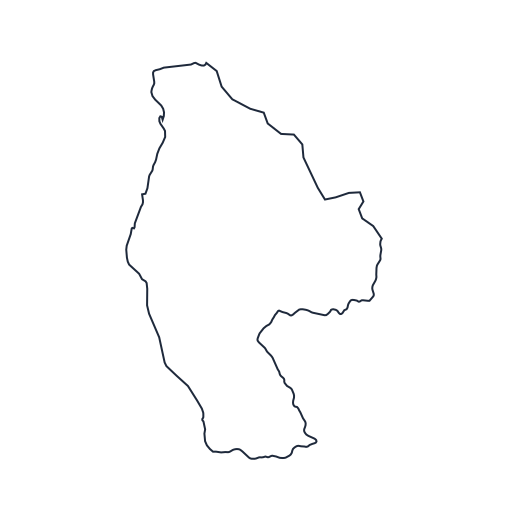 map outline of Melaky (orthographic projection), rotated 348°
{"feature_id": "MDG-5876", "entity_name": "Melaky", "entity_type": "Autonomous Province", "adm_level": 1, "iso_a3": "MDG", "parent_name": "Madagascar", "parent_adm1": "", "projection": "orthographic", "projection_center": [44.925, -17.742], "detail": "fine", "context": "isolated", "style": "outline", "palette": "slate", "viewbox_px": 512, "rotation_deg": 348, "n_neighbors": 0, "source": "natural_earth", "source_scale": "10m", "svg_char_len": 4048}
<svg xmlns="http://www.w3.org/2000/svg" viewBox="0 0 512 512"><g transform="rotate(348 256 256)"><path d="M173.2,438.4L170.8,435.2L168.6,431.0L167.7,426.6L168.6,419.0L170.2,415.0L170.2,407.0L170.1,406.7L169.5,405.7L169.4,405.2L169.6,404.3L170.6,403.3L171.0,402.6L171.7,399.3L171.8,398.1L171.3,394.0L168.3,385.0L162.4,369.0L153.5,356.7L145.5,345.1L144.5,341.2L144.4,315.4L139.4,290.2L139.2,281.6L142.8,265.5L143.4,259.7L142.7,257.8L139.7,255.0L138.0,249.1L130.1,238.0L129.4,234.9L129.4,230.8L130.4,222.8L131.7,219.0L138.0,208.6L140.2,203.2L140.9,202.8L142.4,203.6L143.2,202.6L144.3,198.8L153.7,184.0L155.7,181.9L156.6,180.0L157.0,178.1L157.4,172.0L160.8,172.1L163.9,167.1L168.0,155.9L168.9,154.5L172.3,151.0L172.9,149.9L173.9,147.0L174.8,145.6L176.8,143.3L178.3,140.9L180.7,135.5L183.9,130.6L188.3,125.8L191.9,120.7L193.0,114.8L192.3,112.3L190.0,106.8L189.5,104.1L190.1,101.0L191.5,99.5L192.8,100.2L193.0,103.3L194.9,100.0L195.9,96.4L195.8,92.7L194.6,89.1L189.9,82.1L188.0,78.1L187.7,73.9L188.3,72.3L189.2,70.4L190.4,68.7L191.6,67.3L192.4,65.9L192.7,64.2L193.1,56.9L193.5,55.1L194.5,53.9L196.5,53.4L200.7,53.3L205.0,52.6L232.2,55.2L235.6,54.4L237.1,54.5L240.1,57.0L242.3,58.3L244.6,58.9L246.3,58.3L247.5,56.8L256.0,66.9L257.6,83.2L265.4,97.8L281.0,110.8L293.4,117.4L295.0,128.8L305.9,141.8L318.3,145.1L324.5,156.5L322.9,169.5L330.6,202.1L335.2,215.1L346.1,215.2L360.0,213.6L370.9,215.3L372.4,225.0L366.2,231.5L367.7,241.3L376.9,251.1L382.6,265.2L381.6,266.4L380.8,267.6L380.3,269.1L379.9,270.4L379.8,271.6L380.0,274.0L380.0,275.2L379.7,276.4L377.8,281.1L377.5,282.3L377.2,284.8L376.6,285.9L373.1,289.5L372.3,290.5L371.4,292.7L369.8,299.1L369.4,301.7L368.9,302.9L368.3,304.1L367.4,305.3L364.2,308.9L363.5,310.2L363.0,311.8L362.9,313.2L363.3,317.4L363.1,318.7L362.4,319.8L357.7,323.4L356.5,323.2L351.7,321.6L350.1,321.3L349.0,321.7L348.0,322.1L347.1,322.1L346.3,321.5L345.4,320.6L344.1,320.0L342.7,319.4L340.9,318.9L339.6,319.1L338.6,319.8L336.8,321.6L336.1,322.6L335.5,323.8L335.1,324.8L334.7,325.6L333.5,326.9L331.1,327.4L330.4,328.1L329.7,328.8L328.6,329.9L327.4,330.4L326.3,330.3L325.5,329.4L324.9,328.3L324.5,327.1L323.8,326.1L322.8,325.2L320.4,324.1L319.1,324.1L318.2,324.3L317.5,325.2L316.7,326.0L314.2,327.6L312.4,328.4L310.8,328.2L299.8,323.3L298.6,322.6L296.7,320.9L295.3,319.9L293.6,319.0L290.6,317.8L288.8,317.4L287.1,317.4L282.4,319.6L280.0,321.0L278.4,321.5L277.2,321.2L276.3,320.3L275.3,319.2L274.0,318.2L270.2,316.3L267.2,314.2L266.2,314.4L265.3,315.2L264.4,316.1L262.8,317.3L262.2,317.8L260.7,319.6L258.9,321.4L258.1,322.4L257.4,323.5L256.2,324.6L254.7,325.7L251.6,326.6L248.4,328.3L243.5,332.4L242.7,333.5L240.6,336.8L240.1,337.9L240.0,339.1L240.5,340.3L241.1,341.4L245.5,347.7L246.0,348.9L246.7,351.2L247.2,352.3L250.0,356.6L250.6,357.8L251.1,359.1L253.7,371.4L254.6,373.8L254.7,376.4L255.0,377.7L255.6,378.8L257.2,380.8L257.8,381.9L257.9,383.2L257.5,384.8L257.6,386.1L259.3,389.5L261.9,391.9L262.5,392.6L263.0,393.3L263.4,394.4L264.2,398.7L264.2,400.5L263.7,402.5L262.3,405.3L261.7,407.2L261.6,408.8L261.9,410.0L262.4,411.0L262.9,411.4L263.7,411.8L264.7,412.2L265.3,413.2L265.8,414.4L266.1,415.9L266.9,418.3L268.2,424.4L268.7,425.7L269.2,426.9L269.7,428.3L269.8,429.9L269.3,431.8L268.4,433.5L267.1,435.5L266.7,437.1L266.9,438.4L267.3,439.5L268.1,441.1L268.9,441.9L269.8,442.8L275.0,446.6L275.9,447.5L276.6,448.6L276.6,450.0L275.8,450.9L274.5,451.3L272.0,451.5L269.2,452.0L267.3,453.0L265.9,453.2L264.8,452.9L263.7,452.4L260.5,451.5L258.1,450.5L256.8,450.4L255.4,450.7L253.9,451.3L252.2,452.3L251.1,453.8L250.1,455.9L248.7,457.4L247.2,458.2L243.1,459.4L241.7,459.4L240.2,459.2L237.4,458.4L236.2,457.7L234.0,456.3L230.3,454.7L229.1,454.8L226.7,455.4L225.7,455.3L223.5,454.1L221.4,454.3L219.9,454.2L217.2,453.6L213.8,454.1L212.2,454.0L209.3,453.3L208.1,452.6L207.2,451.7L202.1,444.4L200.5,442.5L199.7,441.8L198.9,441.4L198.0,441.1L196.9,440.8L195.7,440.7L194.3,440.7L192.9,440.9L190.3,441.8L189.1,442.1L187.9,442.1L185.3,441.4L181.1,440.9L176.0,439.0L173.3,438.5L173.2,438.4Z" fill="none" stroke="#1e293b" stroke-width="2"/></g></svg>